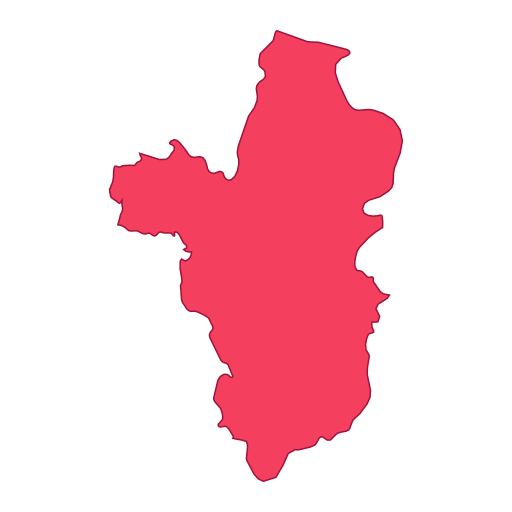 the Province of Ubon Ratchathani
{"feature_id": "THA-426", "entity_name": "Ubon Ratchathani", "entity_type": "Province", "adm_level": 1, "iso_a3": "THA", "parent_name": "Thailand", "parent_adm1": "", "projection": "orthographic", "projection_center": [104.943, 15.155], "detail": "fine", "context": "isolated", "style": "filled", "palette": "rose", "viewbox_px": 512, "rotation_deg": 0, "n_neighbors": 0, "source": "natural_earth", "source_scale": "10m", "svg_char_len": 4849}
<svg xmlns="http://www.w3.org/2000/svg" viewBox="0 0 512 512"><path d="M263.3,481.3L258.2,478.8L254.1,474.2L246.8,460.4L246.4,458.4L247.5,447.6L247.4,444.3L246.3,441.4L241.9,440.1L232.8,438.4L233.4,436.4L228.6,428.6L226.4,426.6L225.4,426.4L224.5,426.4L222.5,426.6L221.4,426.9L220.6,427.0L219.2,426.8L218.6,426.2L218.2,425.5L218.2,424.7L218.5,424.1L218.8,423.6L221.2,421.1L221.7,420.4L222.6,419.0L222.7,417.6L222.6,415.6L221.8,411.8L221.1,409.7L220.5,408.3L220.0,407.6L219.5,407.2L214.7,401.5L213.9,399.8L213.6,398.4L217.7,381.0L218.4,379.4L218.8,378.7L220.1,376.8L220.6,376.3L221.3,375.8L223.4,374.6L224.2,374.4L225.1,374.3L226.1,374.3L227.0,374.5L227.7,374.8L228.4,375.2L230.1,376.8L230.9,377.2L231.6,377.3L232.6,377.1L232.7,376.5L232.6,375.8L228.6,366.0L228.2,365.1L227.8,364.4L227.2,363.9L226.5,363.4L225.7,363.1L224.0,362.6L223.2,362.2L222.5,361.9L221.9,361.4L221.4,360.8L220.9,360.2L210.2,338.3L209.6,336.6L209.4,335.2L209.6,334.2L209.9,333.3L210.2,332.5L210.6,331.8L211.8,330.7L212.5,329.8L213.0,328.2L212.9,327.1L212.6,326.2L209.1,319.0L208.7,318.3L207.5,317.2L203.5,314.7L198.2,312.2L196.5,311.6L194.7,311.2L190.8,311.3L190.0,311.1L189.2,310.8L188.5,310.4L187.9,309.9L186.8,308.9L182.9,303.0L181.6,299.9L181.0,293.0L181.1,292.0L180.5,286.4L180.6,285.4L180.8,284.6L181.9,282.3L181.9,280.6L181.7,278.1L180.1,268.9L180.2,262.0L180.3,261.1L180.5,260.6L181.7,259.0L185.2,261.1L187.9,259.6L189.9,257.7L191.1,255.3L191.5,252.0L188.3,251.9L185.7,251.2L183.6,249.5L186.7,247.9L186.5,245.7L185.7,244.6L184.6,244.0L183.6,243.0L181.6,239.3L181.9,239.7L179.1,234.4L177.1,232.3L176.1,232.1L174.7,232.1L174.4,232.6L174.4,233.0L174.7,235.1L174.5,235.9L174.1,236.1L173.3,235.7L171.1,233.2L170.6,233.0L164.7,233.0L162.8,232.6L161.1,232.1L160.2,232.0L159.5,232.2L158.8,232.5L158.4,232.8L158.2,233.0L157.7,233.7L156.2,235.3L155.4,235.7L154.6,235.9L153.8,235.8L153.0,235.5L150.4,233.7L149.4,233.2L149.2,233.1L148.8,233.1L148.3,233.1L146.3,233.8L145.4,233.9L144.4,233.9L142.7,233.6L141.8,233.2L138.2,231.3L137.4,231.0L136.8,230.9L135.3,230.8L131.4,231.0L129.5,230.8L128.7,230.6L128.1,230.1L125.1,227.5L122.2,225.9L121.5,225.6L119.8,225.1L117.9,224.8L120.0,217.0L120.4,215.1L122.0,211.6L122.7,209.2L121.9,203.9L122.0,200.3L120.5,202.7L119.3,203.3L118.0,202.5L116.4,201.1L111.8,198.0L110.9,196.9L109.8,192.4L109.6,189.0L110.7,187.2L110.9,185.9L112.7,182.0L113.4,177.3L113.7,170.9L114.1,168.1L114.7,166.4L115.5,166.2L116.4,166.2L118.8,167.0L119.6,167.1L120.4,166.9L122.5,165.8L123.4,165.6L131.1,165.2L132.1,165.3L133.0,165.5L134.0,165.4L135.1,165.0L136.1,163.5L137.2,162.3L139.8,161.3L140.9,160.3L141.4,159.4L141.5,158.5L141.5,157.9L141.3,157.4L140.3,155.5L139.7,153.3L159.3,159.5L165.8,159.4L168.5,157.8L170.4,155.4L171.8,153.1L173.9,150.6L174.4,148.1L174.0,146.4L172.6,145.1L169.8,143.8L169.7,142.7L170.8,141.3L174.1,139.7L176.7,140.3L179.6,142.5L186.1,150.6L188.8,154.8L191.3,156.7L194.1,157.4L199.4,156.7L201.6,157.1L203.6,158.3L205.1,160.5L206.5,164.3L207.6,169.0L209.3,171.7L211.5,173.1L214.6,173.2L219.6,171.4L221.4,171.7L222.9,172.8L224.3,176.8L225.6,178.6L228.1,180.3L231.2,179.7L234.5,176.8L237.5,170.8L238.8,163.9L238.7,159.4L237.6,155.6L237.3,152.2L238.3,146.1L248.6,116.1L254.4,107.7L257.1,100.4L257.4,96.1L256.3,88.9L256.7,86.0L258.2,83.6L259.9,81.7L263.0,79.6L264.4,78.2L265.4,76.5L265.0,72.1L264.4,70.6L263.6,69.7L262.4,68.6L261.4,67.9L260.3,66.9L259.5,65.8L259.0,64.0L259.0,60.1L260.2,53.7L273.2,40.6L275.5,32.1L276.8,30.7L306.8,41.5L309.2,41.9L318.6,42.3L345.4,49.1L347.6,49.9L349.4,51.2L349.7,52.4L349.8,53.1L348.5,54.8L346.0,56.2L341.2,58.2L335.7,64.4L335.3,72.9L338.1,81.8L347.2,101.5L349.7,105.3L352.6,108.2L355.5,109.8L358.8,110.3L368.3,109.5L373.3,110.1L383.3,113.5L393.5,120.1L400.0,129.6L402.4,140.9L400.1,153.2L394.4,168.1L393.5,173.3L393.1,183.4L391.7,187.7L389.0,190.5L388.1,191.4L379.9,196.7L369.1,200.1L364.5,203.2L362.5,208.5L363.9,212.9L367.5,215.2L372.2,216.1L376.7,215.9L381.1,215.1L382.0,216.1L382.7,221.2L382.6,227.7L381.7,228.0L375.1,232.4L368.7,237.6L359.3,247.6L357.3,250.9L355.8,255.8L354.9,260.9L354.8,266.3L356.8,270.3L361.8,271.3L367.5,277.1L368.7,277.4L371.7,276.9L372.7,277.1L373.3,278.3L373.2,281.0L373.5,281.9L380.3,291.6L383.2,293.9L383.3,293.9L389.5,295.1L387.3,298.3L378.1,304.2L375.9,308.7L379.7,316.3L378.0,321.6L376.7,322.1L373.1,322.0L372.1,322.2L371.7,323.7L372.0,327.3L373.6,330.6L373.7,331.9L372.7,332.8L369.5,333.6L368.4,334.3L366.6,338.7L365.6,344.1L365.9,349.5L368.5,353.8L369.3,356.1L367.5,367.1L367.2,374.4L370.5,390.3L370.0,397.3L367.2,403.8L359.8,413.7L354.4,418.6L352.9,420.4L351.8,422.7L349.8,428.2L348.8,429.9L346.4,431.1L340.3,432.3L337.6,433.2L335.7,434.7L331.4,439.1L330.1,440.1L327.1,440.0L323.0,437.1L320.7,436.9L319.1,438.3L316.3,443.4L314.6,445.2L310.4,447.0L298.3,449.9L295.1,449.7L288.3,453.4L283.0,465.3L275.9,477.3L263.3,481.3Z" fill="#f43f5e" stroke="#9f1239" stroke-width="1.5"/></svg>